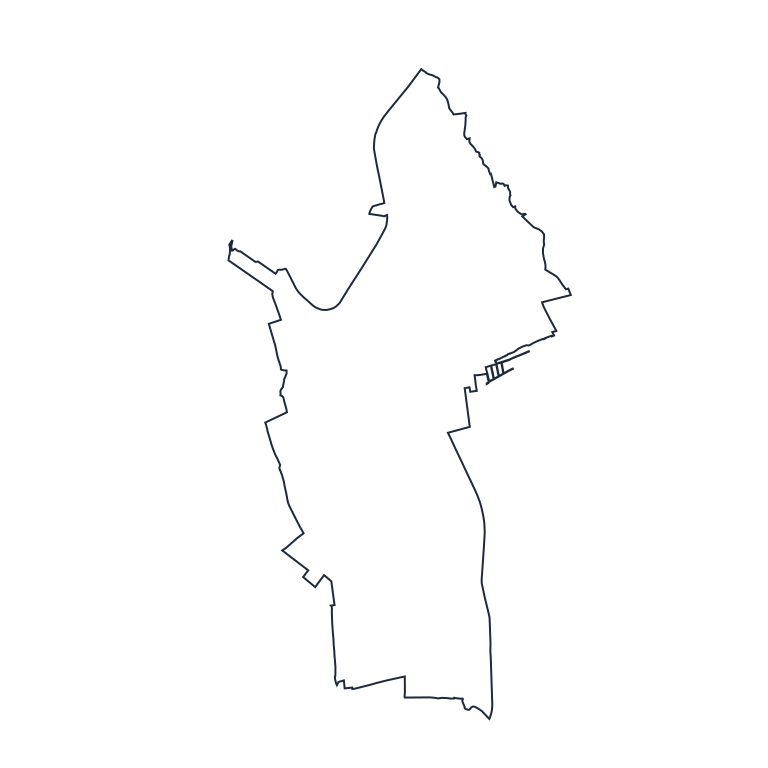 outline of Bacau, Bacau, Romania, rotated 8°
{"feature_id": "2599482B93672222813431", "entity_name": "Bacau", "entity_type": "district", "adm_level": 2, "iso_a3": "ROU", "parent_name": "Romania", "parent_adm1": "Bacau", "projection": "albers", "projection_center": [26.916, 46.564], "detail": "fine", "context": "isolated", "style": "outline", "palette": "slate", "viewbox_px": 768, "rotation_deg": 8, "n_neighbors": 0, "source": "geoboundaries", "source_scale": "gbopen_adm2", "svg_char_len": 6118}
<svg xmlns="http://www.w3.org/2000/svg" viewBox="0 0 768 768"><g transform="rotate(8 384 384)"><path d="M271.8,438.7L273.0,441.1L274.8,445.4L275.0,446.4L278.8,454.6L280.8,459.2L283.2,463.9L286.2,469.2L288.7,472.7L292.4,478.5L292.1,481.5L292.2,482.3L293.1,484.0L293.8,485.0L296.2,489.4L296.4,490.2L297.5,492.5L298.4,494.6L300.2,500.1L302.5,506.1L304.4,512.0L305.5,514.9L307.0,517.6L312.9,526.2L320.5,537.0L324.2,541.8L325.1,543.1L319.8,548.3L309.8,560.0L306.4,563.0L334.9,579.1L330.8,586.4L344.1,594.7L351.3,581.6L359.3,586.7L365.8,609.8L362.4,610.8L362.8,611.1L363.3,612.2L363.8,614.2L364.2,617.9L366.2,629.1L368.0,637.5L369.3,643.0L370.6,649.8L372.0,655.7L372.5,658.6L374.2,666.0L375.3,671.1L376.4,679.4L376.3,680.3L376.1,680.4L376.5,682.7L378.1,687.0L379.3,688.8L380.4,685.4L385.5,683.1L387.4,690.9L394.8,689.0L395.1,690.4L397.2,689.9L411.5,684.1L419.0,680.8L427.1,677.5L445.3,670.7L447.6,686.4L447.9,691.2L448.4,691.6L472.6,688.0L475.4,687.8L479.1,687.7L481.0,687.9L484.7,686.8L490.7,686.2L494.4,686.2L497.1,685.7L497.1,685.0L501.2,685.1L504.7,684.8L505.5,684.6L506.0,684.9L505.6,686.6L505.9,687.7L508.5,692.0L508.8,692.5L509.0,693.8L510.0,694.4L512.8,694.9L513.6,694.7L514.2,694.1L515.5,692.0L516.2,691.5L517.1,691.0L518.1,690.9L518.9,691.0L521.9,692.1L524.5,693.3L526.9,694.5L527.4,695.1L534.9,701.0L535.3,699.7L535.7,697.2L536.2,693.7L536.2,690.9L536.0,687.6L535.7,685.3L535.0,681.5L527.9,640.7L526.3,632.7L526.0,629.5L525.5,625.6L521.2,601.5L520.8,600.0L519.9,597.5L513.4,581.1L508.6,567.9L508.1,565.5L507.9,563.6L505.7,532.7L504.7,520.1L504.2,515.7L503.1,509.8L502.2,505.8L501.0,501.9L499.6,497.9L498.3,494.4L496.8,490.7L495.0,486.9L491.8,481.0L484.9,470.2L481.9,465.8L471.1,449.2L464.2,438.8L457.7,428.7L454.1,423.4L474.9,414.5L464.5,376.9L469.1,375.4L470.5,379.7L476.8,377.9L475.5,373.6L475.2,373.0L474.6,370.4L472.5,362.7L475.4,362.3L477.3,361.8L484.4,359.6L487.3,367.1L486.7,368.2L485.6,369.1L485.7,369.7L487.0,368.6L487.5,368.1L487.8,367.3L488.8,366.5L495.4,361.6L506.4,353.1L509.5,351.2L509.3,350.8L506.6,352.6L492.3,363.5L487.7,366.7L484.7,358.6L484.1,357.6L482.4,353.2L487.3,351.0L489.6,357.6L491.0,361.4L491.9,363.6L492.2,363.4L491.3,361.1L487.6,350.8L492.3,348.8L496.3,360.1L496.6,359.9L492.6,348.6L492.9,348.3L497.1,346.4L499.1,352.1L500.6,356.9L500.9,356.7L497.5,346.3L504.9,342.7L506.0,341.7L511.0,338.7L520.4,333.3L520.7,333.0L523.0,331.7L522.8,331.4L512.4,337.7L510.8,338.4L505.5,341.8L504.8,342.3L492.7,348.1L491.7,346.3L491.3,346.5L490.7,345.4L492.9,343.9L493.0,344.1L494.6,343.2L500.1,339.3L500.2,339.5L501.3,338.7L501.2,338.6L502.2,338.0L502.4,337.4L503.0,337.0L504.4,336.2L504.6,336.4L506.6,335.1L508.0,334.5L509.7,332.8L510.6,332.1L511.9,330.6L512.8,329.8L516.8,327.2L519.2,326.0L519.9,325.8L521.9,325.7L522.5,325.5L526.1,322.7L530.3,319.9L535.2,317.2L535.5,317.5L537.4,316.5L537.2,316.1L540.9,314.1L543.1,313.0L543.5,313.6L545.7,312.3L543.4,309.2L547.3,307.5L539.4,296.8L532.2,286.6L531.2,285.0L529.1,281.1L556.6,269.9L553.2,263.9L551.0,264.8L549.2,263.2L546.7,260.6L541.6,254.9L539.9,253.6L536.8,252.1L527.8,248.3L527.6,244.9L527.3,243.6L526.2,240.4L524.8,237.3L523.2,232.3L522.6,227.6L523.2,223.5L522.3,220.4L522.1,216.2L521.6,213.5L519.1,211.0L515.9,209.3L511.4,208.2L510.1,207.7L497.7,198.9L500.6,196.2L500.2,195.9L496.6,196.9L492.4,194.8L491.1,193.6L489.7,192.1L489.3,191.2L489.3,190.6L489.4,190.1L489.2,189.8L488.5,190.1L487.3,190.9L485.3,189.3L483.7,186.7L482.8,184.9L482.5,183.3L482.4,181.5L483.0,179.6L482.6,179.2L482.4,177.6L482.1,176.2L481.6,175.3L479.7,172.8L479.4,171.7L479.4,171.1L479.0,170.2L476.8,170.3L475.9,171.0L474.4,169.1L473.0,169.0L471.7,169.5L467.1,168.7L466.9,173.0L465.7,173.6L464.9,171.4L463.2,167.4L462.5,165.4L460.6,160.9L459.9,161.3L458.3,158.5L457.4,156.0L455.2,154.4L452.0,152.5L451.5,151.8L450.8,149.2L450.5,148.5L449.2,146.7L447.0,145.3L446.8,144.7L447.1,143.7L446.5,143.2L446.2,142.7L446.1,141.7L444.9,141.3L443.1,141.1L442.2,140.0L441.2,138.4L438.6,135.9L436.6,134.5L435.4,133.2L434.9,132.4L434.7,131.4L434.6,128.8L432.1,130.0L430.0,128.3L428.9,126.6L428.5,124.1L428.6,122.0L428.5,120.3L428.6,117.7L428.2,111.9L427.9,110.0L427.8,108.7L427.8,107.9L428.2,106.7L427.0,105.3L426.7,104.7L426.8,104.3L419.0,106.5L415.5,107.3L413.4,105.0L410.2,101.9L409.0,98.1L407.9,95.5L406.8,93.3L404.7,90.9L401.7,88.5L399.9,87.3L397.2,83.6L396.8,83.2L396.2,82.9L396.8,78.7L396.9,77.0L396.3,74.2L394.0,73.0L392.9,72.9L389.1,71.5L386.3,71.2L383.1,70.4L380.9,68.9L379.6,68.5L377.1,67.0L370.6,78.9L366.6,86.2L351.9,110.4L347.1,118.6L345.8,121.2L344.6,123.9L343.5,126.7L342.5,130.0L341.6,133.9L341.3,136.0L340.7,137.6L340.5,142.6L340.6,145.5L341.1,151.4L341.5,153.2L344.9,163.7L348.2,173.4L350.2,178.7L357.8,200.7L359.1,204.7L357.2,205.7L355.3,206.4L348.5,209.5L347.7,210.5L347.4,211.2L346.7,213.0L346.1,215.2L345.8,217.2L345.8,217.6L358.7,217.7L361.0,218.0L361.8,217.1L363.5,216.3L363.9,218.0L364.2,220.8L364.3,226.1L363.8,228.8L363.4,230.1L361.5,235.4L357.3,246.5L353.8,254.3L345.8,272.3L335.3,295.0L328.7,310.2L325.5,314.2L323.1,316.0L320.6,317.3L317.4,318.5L314.5,319.0L311.5,319.1L307.9,318.3L305.4,317.6L302.7,316.2L295.8,311.5L292.7,309.6L288.4,306.4L286.3,304.6L284.4,302.6L283.1,301.0L276.6,291.6L271.7,284.7L270.7,283.6L269.9,283.8L266.9,285.1L264.2,285.4L263.7,285.6L263.0,286.0L262.8,286.3L262.5,287.6L261.3,289.9L243.9,281.1L242.2,280.3L239.7,281.0L223.2,272.6L222.6,272.8L221.8,272.8L220.9,272.6L218.8,271.5L217.8,270.8L216.8,271.5L216.1,272.5L215.4,273.0L214.9,273.1L213.6,269.1L213.6,267.5L213.6,267.4L214.0,263.4L213.4,263.2L211.4,267.6L211.9,268.7L212.3,269.9L212.9,272.8L213.0,273.7L213.2,277.5L212.9,278.1L212.8,279.7L212.8,283.2L260.9,307.5L260.9,310.8L261.5,312.6L262.3,314.4L266.7,322.4L271.3,331.3L273.0,334.8L261.6,340.4L264.0,345.9L270.9,360.9L274.9,372.1L276.2,374.9L279.1,380.7L279.7,382.6L279.9,383.9L280.2,384.1L281.5,384.3L283.4,384.4L285.6,384.2L285.9,385.7L286.0,387.5L285.5,389.7L284.5,392.9L284.6,395.0L284.4,398.1L284.3,401.3L283.8,401.9L283.1,403.2L282.4,405.1L282.6,406.7L283.0,408.3L283.0,409.7L284.9,410.2L285.9,411.1L286.7,412.5L287.4,414.6L290.6,421.9L291.8,425.5L271.8,438.7Z" fill="none" stroke="#1e293b" stroke-width="2"/></g></svg>